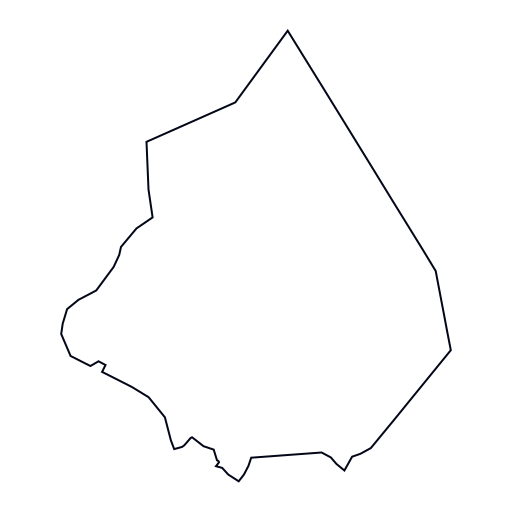 Kukawa, Borno, Nigeria (Natural Earth projection)
{"feature_id": "59680162B26946733152657", "entity_name": "Kukawa", "entity_type": "district", "adm_level": 2, "iso_a3": "NGA", "parent_name": "Nigeria", "parent_adm1": "Borno", "projection": "natural_earth1", "projection_center": [13.658, 13.111], "detail": "fine", "context": "isolated", "style": "outline", "palette": "ink", "viewbox_px": 512, "rotation_deg": 0, "n_neighbors": 0, "source": "geoboundaries", "source_scale": "gbopen_adm2", "svg_char_len": 860}
<svg xmlns="http://www.w3.org/2000/svg" viewBox="0 0 512 512"><path d="M450.8,350.2L447.2,331.6L444.4,316.7L437.8,282.1L435.7,271.0L423.2,250.4L401.1,214.6L392.5,200.7L371.6,166.6L323.6,88.7L302.9,55.3L287.7,30.7L235.3,102.4L146.5,141.8L148.5,189.5L152.6,217.4L136.5,228.4L121.0,246.9L119.2,255.0L113.6,267.0L96.2,290.5L78.5,299.8L67.1,309.1L62.7,323.7L61.2,334.0L70.6,356.0L90.4,366.0L98.5,361.3L105.5,365.0L102.1,371.9L131.9,387.0L148.6,397.2L164.9,417.3L170.9,440.4L174.2,449.1L182.1,446.9L184.3,445.3L190.6,438.0L192.1,437.3L203.5,446.2L213.7,449.6L217.0,460.3L217.8,460.6L218.6,461.3L219.0,462.3L216.0,466.2L222.2,467.9L228.3,474.6L238.7,481.3L243.9,474.6L248.4,466.0L251.2,457.7L321.6,452.5L330.8,457.4L336.4,463.9L344.4,470.5L352.1,456.7L360.4,453.8L370.8,448.1L395.1,418.6L408.5,402.1L450.8,350.2Z" fill="none" stroke="#020617" stroke-width="2"/></svg>